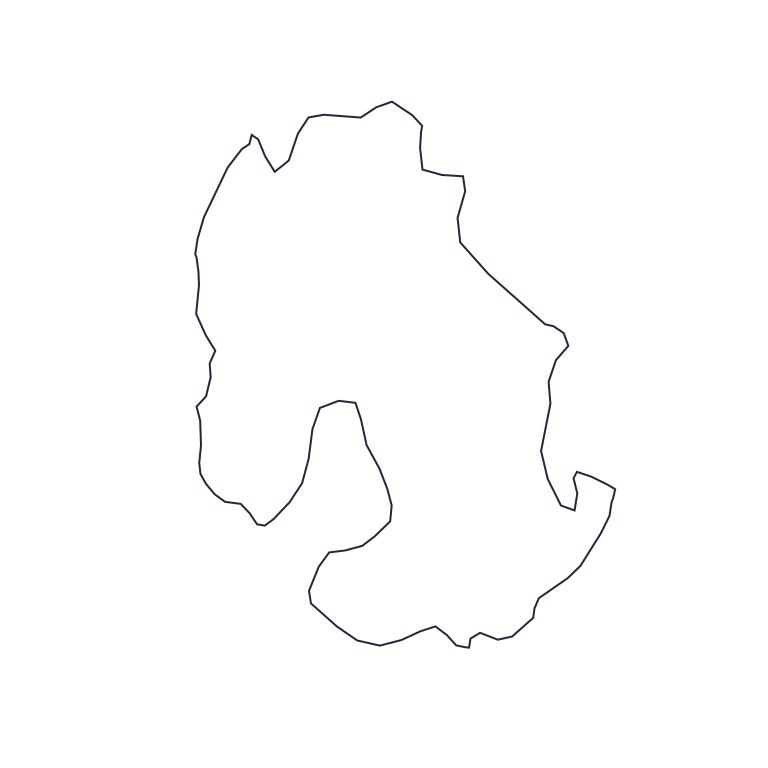 Boulkiemdé, Natural Earth projection, rotated 138°
{"feature_id": "BFA-2812", "entity_name": "Boulkiemdé", "entity_type": "Province", "adm_level": 1, "iso_a3": "BFA", "parent_name": "Burkina Faso", "parent_adm1": "", "projection": "natural_earth1", "projection_center": [-2.108, 12.305], "detail": "fine", "context": "isolated", "style": "outline", "palette": "slate", "viewbox_px": 768, "rotation_deg": 138, "n_neighbors": 0, "source": "natural_earth", "source_scale": "10m", "svg_char_len": 1498}
<svg xmlns="http://www.w3.org/2000/svg" viewBox="0 0 768 768"><g transform="rotate(138 384 384)"><path d="M299.4,189.6L291.9,176.3L285.3,159.8L282.6,151.1L289.9,146.0L294.3,143.6L304.7,135.1L322.9,127.9L359.8,117.4L377.0,116.8L412.2,121.2L422.4,116.5L429.5,110.4L457.7,110.6L470.5,117.8L479.1,134.8L490.1,136.9L497.2,131.2L500.0,134.3L505.2,141.4L505.3,155.5L508.0,169.5L522.5,175.9L542.2,182.0L562.2,192.4L575.5,211.3L581.2,235.0L585.1,269.8L578.1,280.5L554.7,291.9L537.4,295.5L524.1,286.2L508.5,278.3L492.9,277.0L471.3,277.8L459.5,288.7L451.7,303.9L444.0,324.1L437.8,350.3L424.7,373.3L417.8,389.1L428.9,401.8L447.6,409.1L467.3,398.4L490.1,378.8L511.2,365.1L533.2,359.3L556.2,357.5L567.3,358.5L572.2,364.6L570.3,378.1L570.7,390.8L581.0,402.8L583.6,415.2L583.1,428.9L580.6,439.9L574.2,448.9L561.0,460.9L545.1,479.8L538.4,492.6L524.5,493.9L508.3,505.0L499.8,515.9L487.1,521.6L483.9,539.3L476.7,561.8L455.6,581.0L446.9,591.4L438.7,603.4L437.3,606.9L425.4,616.6L406.3,628.4L355.3,649.5L332.4,653.7L323.6,652.4L315.6,657.6L313.8,650.0L320.0,632.6L323.2,614.8L305.2,613.8L280.4,627.7L261.7,632.6L248.5,624.3L223.0,597.6L204.6,594.8L189.2,588.5L183.1,564.8L182.9,550.3L187.7,546.6L199.3,535.2L211.9,517.6L201.2,500.7L186.3,485.5L194.7,472.9L218.2,458.2L232.6,438.2L232.8,396.2L224.3,320.5L219.4,313.6L216.4,301.5L221.5,289.0L240.2,286.7L260.2,275.5L273.5,258.0L312.1,229.1L325.9,203.8L333.8,175.3L327.0,162.5L313.6,173.3L306.2,187.1L299.4,189.6Z" fill="none" stroke="#1e293b" stroke-width="2"/></g></svg>